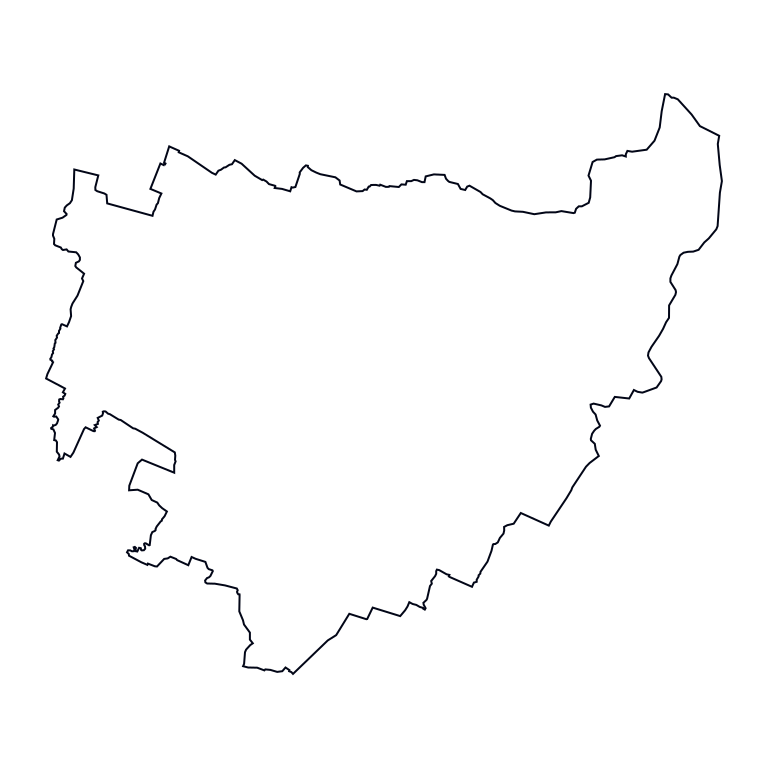 Kota Pasuruan, Jawa Timur, Indonesia (Albers equal-area conic projection)
{"feature_id": "22746128B86769429493629", "entity_name": "Kota Pasuruan", "entity_type": "district", "adm_level": 2, "iso_a3": "IDN", "parent_name": "Indonesia", "parent_adm1": "Jawa Timur", "projection": "albers", "projection_center": [112.897, -7.652], "detail": "fine", "context": "isolated", "style": "outline", "palette": "ink", "viewbox_px": 768, "rotation_deg": 0, "n_neighbors": 0, "source": "geoboundaries", "source_scale": "gbopen_adm2", "svg_char_len": 5998}
<svg xmlns="http://www.w3.org/2000/svg" viewBox="0 0 768 768"><path d="M719.2,135.8L699.9,126.1L691.6,114.5L677.8,99.3L673.9,97.7L671.6,97.7L668.1,94.4L665.1,94.1L661.7,111.2L659.7,127.5L654.5,140.7L646.7,149.7L632.1,151.7L627.4,150.9L625.8,154.3L625.8,156.5L622.1,155.3L616.1,156.1L614.5,157.2L604.6,159.4L596.9,159.6L592.6,162.0L588.5,175.6L591.0,180.7L590.2,197.4L588.7,202.8L581.9,206.3L578.8,206.3L576.1,208.8L574.8,212.7L573.5,213.1L561.4,211.1L555.8,212.3L546.0,212.4L534.3,214.2L522.9,211.8L515.0,211.4L511.6,210.6L499.8,205.8L495.4,203.0L492.8,200.1L490.3,198.4L482.7,194.3L480.5,192.0L469.5,185.7L467.2,186.6L465.2,190.0L460.6,188.9L457.9,184.0L449.3,181.9L448.0,180.9L446.0,178.7L444.6,174.9L433.9,174.4L425.7,176.4L424.5,182.1L421.9,182.1L417.4,180.3L414.0,179.9L411.3,181.1L406.9,181.1L405.7,184.7L401.4,184.4L398.8,187.0L389.4,186.1L388.9,186.8L385.9,186.9L380.2,184.7L379.6,185.7L375.9,184.9L371.1,185.0L369.6,186.6L368.7,186.6L366.8,189.8L364.6,189.5L362.6,191.1L356.5,191.4L340.2,184.5L339.6,180.5L335.4,177.3L320.3,174.2L316.3,172.6L311.4,170.2L307.8,167.1L307.9,165.8L305.9,165.4L303.1,167.8L299.7,172.4L299.8,173.9L295.4,187.0L292.7,187.6L291.5,187.2L290.2,191.3L282.0,188.9L274.7,188.0L275.4,186.1L275.1,185.8L269.0,184.1L266.5,181.5L263.2,179.6L262.2,180.1L254.7,175.7L241.6,163.7L234.8,160.1L232.0,164.2L229.4,164.8L225.6,167.3L224.0,167.5L221.0,169.7L218.4,170.7L215.7,174.6L211.9,172.8L187.8,156.3L178.7,152.3L179.1,150.8L169.2,146.4L164.1,162.6L165.5,163.5L165.1,164.3L164.2,163.9L163.7,165.1L160.4,163.5L150.4,188.9L161.4,193.5L159.2,198.1L157.9,203.2L156.6,204.6L155.0,209.5L153.5,211.7L152.5,215.8L107.2,203.4L106.5,194.8L104.4,193.5L97.2,191.2L95.4,190.0L95.3,187.2L98.3,175.4L74.3,169.5L73.7,188.6L71.9,200.2L69.9,203.2L66.8,205.4L64.8,207.6L64.0,211.2L66.6,214.0L66.4,215.0L62.5,217.7L56.7,219.5L53.0,234.1L53.0,235.6L54.3,238.8L54.0,244.0L55.2,245.3L60.8,247.5L61.8,249.2L63.0,250.0L66.6,249.4L68.4,251.5L76.2,252.3L78.2,254.4L79.9,257.4L79.9,259.9L78.9,261.4L75.9,262.8L75.3,266.0L76.2,267.4L84.1,273.7L82.0,278.5L83.3,281.1L77.5,295.6L72.5,303.5L71.2,306.9L70.6,309.3L71.1,316.1L69.0,322.2L67.0,326.4L62.0,324.2L61.3,324.5L60.1,328.0L60.4,328.7L59.0,330.9L59.0,333.0L58.1,333.6L56.7,335.8L57.0,337.6L55.3,340.1L55.5,342.8L54.8,343.4L54.3,347.1L53.5,348.5L54.0,349.3L52.8,351.2L53.1,353.1L52.0,354.5L51.4,357.2L50.3,358.8L50.4,359.7L52.2,360.6L52.1,361.4L53.1,362.2L47.4,374.1L46.1,378.5L65.0,388.5L62.9,392.3L65.3,393.9L64.6,395.6L63.1,396.7L63.4,398.3L62.9,399.3L60.3,399.0L59.2,399.5L59.1,401.5L59.6,402.7L58.2,404.5L59.0,406.4L58.2,407.7L55.1,410.0L55.1,413.5L53.3,416.3L54.0,416.7L56.2,416.5L58.2,419.4L58.0,420.5L57.0,423.4L55.7,424.9L53.7,425.6L53.1,425.3L52.9,426.6L51.1,428.1L51.3,428.8L53.4,429.4L55.0,433.0L54.2,440.1L55.8,440.4L57.0,442.2L56.8,451.7L59.1,454.6L59.5,456.5L57.7,460.2L58.9,460.6L60.8,458.7L62.9,458.6L64.5,453.5L70.5,456.9L73.4,452.6L84.0,429.1L85.6,427.3L93.4,431.1L94.7,431.2L95.0,430.8L94.1,428.4L96.7,427.1L94.8,425.1L97.9,423.9L97.6,422.1L98.8,420.6L97.7,417.9L102.2,415.6L103.0,413.3L102.8,411.7L103.9,411.3L105.6,411.5L108.1,413.7L109.9,414.2L118.7,419.6L120.7,420.0L133.1,428.3L135.2,428.7L142.8,432.8L174.8,452.4L175.3,455.6L175.0,459.8L175.6,461.4L174.2,465.0L174.2,472.7L142.0,459.6L137.7,463.3L129.3,485.7L129.1,490.3L137.7,489.7L148.4,494.3L151.7,500.0L157.3,502.6L159.2,505.4L162.2,508.2L166.9,511.5L164.6,516.2L162.0,519.3L161.8,520.7L160.7,521.4L156.7,526.5L155.5,529.1L155.7,529.9L154.9,530.9L152.3,532.1L150.9,535.2L149.7,545.1L149.1,545.3L145.7,543.3L144.7,543.3L144.1,543.9L144.3,545.4L145.0,546.3L145.2,548.7L143.9,550.2L141.8,550.4L141.1,549.9L140.8,548.2L139.1,547.8L137.3,551.5L135.7,551.2L135.6,548.6L136.0,548.0L134.8,546.9L133.7,547.3L134.5,549.7L133.8,551.2L132.0,551.3L130.3,550.4L128.1,550.3L127.0,552.3L128.8,554.0L129.0,555.7L141.4,562.3L147.4,564.9L147.9,563.6L154.9,566.3L157.0,566.5L164.2,558.9L167.7,558.4L170.4,556.7L176.2,559.0L177.1,560.1L188.3,565.2L191.6,557.0L195.6,558.8L205.4,561.9L207.5,567.8L208.7,569.1L212.4,570.3L212.8,571.1L210.4,576.0L209.0,577.3L207.0,578.1L205.1,580.5L205.4,582.4L207.1,583.5L214.9,583.7L225.0,585.4L236.8,588.5L237.7,590.2L237.0,591.9L237.6,593.4L238.3,594.3L239.5,594.3L239.6,594.9L239.3,611.4L243.0,620.3L244.0,624.5L249.9,632.6L249.9,639.6L252.8,643.3L250.2,645.1L246.1,649.6L245.0,652.2L244.1,663.8L243.1,666.2L248.1,667.5L257.2,667.7L264.4,670.4L265.3,669.4L270.4,669.9L277.2,671.9L282.3,671.2L285.5,667.5L289.4,670.1L289.1,671.2L291.4,672.1L293.0,673.9L327.8,640.4L336.2,635.1L349.3,613.8L366.4,619.2L367.2,619.0L372.7,607.6L400.2,616.1L405.1,610.3L407.5,606.5L409.3,602.2L412.7,604.0L416.3,604.9L419.7,606.9L423.0,607.9L423.1,608.6L424.8,609.6L425.6,608.2L423.7,604.7L423.4,602.8L426.5,599.9L427.1,598.7L430.0,586.0L431.8,583.7L431.2,581.0L435.1,576.1L436.2,573.8L436.2,571.1L436.9,569.6L439.2,570.1L446.6,574.3L449.4,574.9L448.8,576.4L449.7,577.0L472.0,586.8L473.9,582.6L476.7,581.8L476.7,579.7L478.6,576.5L478.6,575.3L480.3,573.6L480.5,571.8L487.5,561.6L491.5,550.8L492.9,544.7L493.4,544.1L495.3,544.0L497.8,542.4L499.9,537.9L503.5,533.6L504.2,530.4L504.1,526.9L507.3,525.2L513.7,523.7L520.8,513.0L548.8,525.6L550.8,521.6L566.5,498.2L571.3,490.2L572.3,487.4L586.0,466.7L589.6,463.0L598.8,456.0L595.7,449.7L594.8,443.8L591.0,440.3L590.8,438.9L592.1,433.8L594.2,430.7L595.8,429.0L599.3,426.8L600.0,425.7L597.2,420.4L595.6,414.5L593.0,411.7L590.9,407.7L590.6,404.6L593.6,403.6L601.4,405.4L605.0,406.9L609.1,406.4L614.8,396.9L629.2,398.5L633.9,390.0L637.6,391.8L642.3,392.6L643.4,392.3L656.6,387.5L661.1,381.1L661.6,379.3L661.3,376.8L649.0,358.2L648.0,355.6L648.5,352.4L651.5,346.8L659.1,335.8L663.1,328.8L666.1,322.2L669.0,317.9L669.1,305.4L675.4,294.8L676.0,292.1L675.6,290.1L670.4,281.9L670.4,278.4L671.4,275.5L677.4,264.1L679.4,256.6L680.4,255.0L683.6,252.7L688.0,251.8L693.2,251.6L698.6,249.8L704.3,242.4L708.8,238.4L716.3,229.3L717.6,226.1L719.9,192.7L721.9,181.1L719.7,165.0L717.8,144.0L719.2,135.8Z" fill="none" stroke="#020617" stroke-width="2"/></svg>